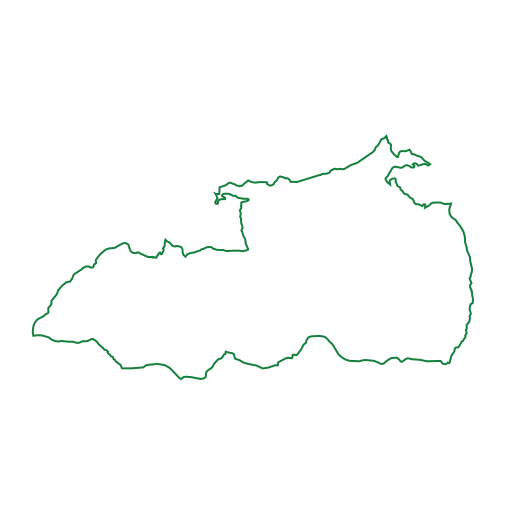 Guayabal De Síquima, Cundinamarca, Colombia (orthographic projection), rotated 273°
{"feature_id": "7082276B27763820431967", "entity_name": "Guayabal De Síquima", "entity_type": "district", "adm_level": 2, "iso_a3": "COL", "parent_name": "Colombia", "parent_adm1": "Cundinamarca", "projection": "orthographic", "projection_center": [-74.482, 4.888], "detail": "fine", "context": "isolated", "style": "outline", "palette": "green", "viewbox_px": 512, "rotation_deg": 273, "n_neighbors": 0, "source": "geoboundaries", "source_scale": "gbopen_adm2", "svg_char_len": 6113}
<svg xmlns="http://www.w3.org/2000/svg" viewBox="0 0 512 512"><g transform="rotate(273 256 256)"><path d="M160.3,62.9L160.9,65.8L160.6,74.0L160.8,78.0L160.1,80.2L159.9,83.1L161.2,86.5L161.9,87.4L161.9,90.3L162.4,92.4L164.5,96.3L164.5,97.8L163.8,98.4L163.5,99.8L160.7,102.9L159.7,103.4L156.2,107.9L154.7,109.3L153.6,112.4L152.6,113.2L152.0,112.9L151.0,113.3L149.9,115.1L148.4,116.3L147.6,118.4L145.7,119.1L144.9,120.5L143.3,121.6L140.1,126.5L137.1,127.8L136.8,129.0L137.4,138.5L138.7,148.0L139.0,149.7L139.9,150.3L141.1,152.1L141.9,154.8L142.2,158.6L143.1,161.9L142.7,167.3L142.1,170.7L140.7,173.9L139.3,176.2L130.2,185.8L129.3,187.2L129.6,188.3L130.7,189.2L131.5,190.5L131.8,192.8L131.6,198.0L130.3,207.1L131.0,210.3L131.9,211.5L132.9,212.1L137.2,212.4L139.0,213.6L142.0,217.6L144.0,218.9L145.9,219.6L149.8,222.7L151.0,224.0L151.8,226.3L153.2,227.8L156.1,229.3L156.5,230.5L158.9,230.8L157.9,234.9L157.8,237.0L157.2,238.4L156.6,239.3L154.1,239.7L152.5,240.5L152.1,241.1L151.1,245.1L148.9,249.1L147.8,253.7L146.6,262.5L144.3,267.8L144.1,269.0L145.2,274.1L147.9,280.8L147.9,283.3L148.2,283.7L150.1,283.5L151.1,283.9L155.5,291.4L156.0,293.2L155.8,297.2L156.9,297.7L158.6,297.6L159.4,298.3L159.5,299.2L159.0,301.2L159.4,302.1L165.1,306.0L169.9,308.1L171.9,310.4L174.3,310.8L176.0,311.6L177.5,312.7L178.4,314.5L178.8,316.7L179.5,323.4L179.1,328.0L178.4,329.6L176.8,331.7L174.2,334.0L172.0,336.8L162.1,343.6L159.8,346.3L158.0,349.3L156.9,351.9L156.2,355.3L156.3,364.7L157.3,367.6L157.9,370.9L157.5,379.1L155.8,384.4L155.1,385.3L154.8,387.4L155.2,389.0L158.5,392.5L160.8,395.9L161.3,397.0L161.8,401.9L160.3,404.2L158.3,405.9L158.0,407.3L161.0,411.0L161.8,413.1L161.1,417.1L160.9,425.3L159.8,432.3L160.9,445.8L160.1,446.7L158.9,447.3L158.1,448.6L157.8,450.1L158.0,451.0L158.9,452.6L159.6,453.1L159.1,454.5L160.1,455.1L166.2,456.2L171.2,459.1L173.7,459.3L175.0,460.2L175.5,462.9L179.3,465.1L181.1,465.7L181.9,467.0L184.3,468.2L185.9,469.4L187.5,469.1L189.3,470.2L190.3,470.3L193.1,469.5L194.7,470.3L198.0,469.9L202.0,472.7L203.7,472.6L205.0,473.0L207.0,472.4L209.5,473.6L214.0,472.1L215.3,472.1L219.0,472.8L220.4,474.9L224.5,474.9L229.1,473.7L230.6,473.9L231.4,473.2L233.1,473.2L233.9,472.2L234.4,472.3L236.3,471.4L237.8,471.3L240.2,472.6L244.5,470.5L247.4,471.6L248.7,471.4L250.6,472.2L253.9,472.6L262.6,470.1L266.1,469.7L272.7,466.4L275.5,466.0L280.3,464.2L286.3,463.5L291.5,461.7L296.9,458.0L300.6,454.7L302.3,453.7L304.4,450.2L305.6,448.8L308.7,447.0L312.9,446.5L318.6,448.1L317.8,442.9L318.0,440.3L319.1,437.4L318.6,430.3L317.9,428.5L315.2,425.9L313.0,422.2L315.9,422.5L316.5,421.8L316.2,420.5L314.6,419.5L316.2,415.5L316.1,414.0L316.4,412.5L316.9,411.7L320.9,409.7L322.5,406.6L325.1,404.2L326.0,400.7L328.5,398.9L330.0,396.9L332.1,396.3L333.3,393.8L334.0,393.2L336.1,392.4L336.8,391.7L339.9,391.5L340.8,390.7L340.2,387.7L338.8,385.9L337.5,385.5L334.4,386.2L336.7,383.0L339.6,381.3L340.5,381.4L342.6,383.3L350.7,387.4L351.3,387.9L352.3,389.5L352.5,390.9L351.8,394.8L351.7,396.8L354.4,400.7L354.6,401.8L353.9,404.4L353.0,405.7L352.5,407.4L352.6,408.6L352.9,409.1L354.2,409.5L355.7,407.8L356.7,408.8L356.9,409.7L356.4,411.7L354.9,413.0L354.7,413.5L356.8,419.3L356.6,420.8L355.5,422.8L355.7,423.9L356.7,425.1L357.5,424.1L360.0,419.1L362.9,416.5L363.6,415.3L364.2,412.7L365.8,408.4L365.9,406.5L367.1,405.6L368.8,404.9L370.2,403.7L368.5,400.2L368.4,395.8L367.9,394.6L366.6,393.5L362.3,392.5L362.3,391.7L364.8,388.4L367.8,385.7L370.0,385.0L374.0,385.0L375.3,384.1L375.6,383.0L376.4,382.0L377.9,382.0L379.7,380.7L381.2,380.6L382.7,379.9L380.5,378.1L378.9,374.9L374.7,373.1L372.2,371.4L370.7,369.7L368.8,369.4L366.1,367.5L354.4,352.3L351.7,345.8L347.6,339.8L347.2,337.9L347.4,334.2L346.8,332.9L347.3,330.5L346.8,328.7L345.9,327.7L345.7,326.8L344.7,325.9L343.1,325.1L342.7,324.1L341.8,321.7L341.4,317.6L340.3,316.4L340.1,315.0L332.1,293.2L331.9,286.7L333.9,285.4L335.2,283.6L335.2,280.7L336.0,279.4L336.7,275.9L335.2,273.8L333.0,273.1L330.5,270.6L328.4,269.8L327.1,267.2L327.1,266.0L328.5,263.4L330.2,263.0L330.1,256.7L329.2,251.0L329.7,247.5L331.0,244.2L327.3,240.1L325.6,238.7L324.8,236.2L325.6,232.4L326.4,231.3L327.2,228.4L327.8,227.3L327.8,226.0L327.4,224.9L324.8,221.5L322.7,216.0L316.0,216.1L315.8,213.0L316.1,212.2L314.8,213.1L311.5,214.5L309.8,213.4L307.2,212.5L306.2,213.0L306.0,213.7L306.3,215.1L308.6,215.2L310.0,216.2L310.9,217.9L311.2,222.0L312.6,222.0L313.7,219.6L314.3,218.9L314.9,218.9L316.0,219.8L316.7,222.4L316.6,226.0L314.8,230.5L315.1,232.5L313.3,234.5L313.1,235.6L312.5,240.7L312.7,244.8L312.3,245.6L311.5,245.7L310.5,244.5L308.9,238.8L308.5,238.5L306.0,238.7L305.0,238.2L304.7,238.7L303.0,238.8L300.9,237.5L297.5,238.6L294.3,238.1L292.9,239.0L288.2,239.5L283.8,241.1L282.7,241.0L281.1,240.1L280.5,240.2L279.0,241.2L275.9,242.1L272.2,244.3L267.8,245.1L262.4,247.8L261.9,247.8L260.8,245.5L260.6,243.4L260.1,242.7L260.4,239.0L260.2,234.2L259.4,226.3L260.2,223.0L260.0,217.4L261.1,212.8L262.1,211.6L262.7,210.0L262.5,208.6L262.1,206.1L260.5,203.6L259.9,201.4L258.7,200.0L256.3,194.0L255.6,190.7L254.0,187.2L251.6,185.6L253.3,183.5L255.6,182.6L258.9,182.2L260.0,181.7L260.9,180.9L261.7,178.4L261.8,175.8L261.3,175.0L261.4,173.0L261.8,171.9L264.7,169.3L266.2,166.0L267.5,164.7L266.5,164.4L265.8,164.8L264.3,164.1L261.6,164.3L260.5,163.9L258.8,162.7L257.8,163.4L256.5,163.4L255.8,162.9L253.3,162.1L252.8,161.6L252.9,161.0L254.4,160.1L254.2,159.4L250.6,157.1L249.1,156.7L249.4,154.8L249.2,155.0L249.1,153.0L249.5,151.4L249.4,148.1L252.4,140.4L253.4,138.6L253.2,136.7L252.6,135.9L252.5,133.6L253.6,131.4L254.6,130.5L256.4,129.5L260.7,128.0L262.0,125.7L262.2,124.2L261.3,121.7L256.6,114.2L255.9,109.0L254.4,105.4L249.6,100.3L244.9,97.0L243.5,96.2L240.4,96.7L239.1,94.7L236.2,94.1L235.8,91.9L236.8,89.5L236.7,87.0L234.7,83.4L233.7,82.8L228.4,75.5L226.7,74.4L224.0,73.7L220.8,71.7L219.8,67.9L216.0,63.8L211.5,60.3L207.4,59.1L200.7,54.2L197.4,54.1L196.4,53.7L193.2,51.3L188.7,51.6L188.1,51.3L186.7,48.9L184.8,47.1L181.7,41.7L180.0,40.0L177.7,38.6L174.9,37.6L171.5,37.1L167.9,37.1L164.7,37.8L165.5,42.3L165.4,47.0L163.8,53.4L162.0,55.9L160.4,60.0L160.3,62.9Z" fill="none" stroke="#15803d" stroke-width="2"/></g></svg>